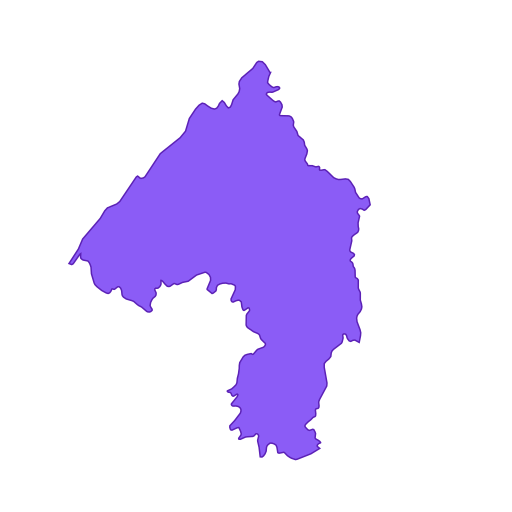 the Region of Rivne, rotated 302°
{"feature_id": "UKR-286", "entity_name": "Rivne", "entity_type": "Region", "adm_level": 1, "iso_a3": "UKR", "parent_name": "Ukraine", "parent_adm1": "", "projection": "natural_earth1", "projection_center": [26.178, 50.971], "detail": "fine", "context": "isolated", "style": "filled", "palette": "violet", "viewbox_px": 512, "rotation_deg": 302, "n_neighbors": 0, "source": "natural_earth", "source_scale": "10m", "svg_char_len": 6148}
<svg xmlns="http://www.w3.org/2000/svg" viewBox="0 0 512 512"><g transform="rotate(302 256 256)"><path d="M150.5,101.4L167.8,101.7L178.5,100.0L205.4,104.0L214.2,103.8L218.1,104.5L226.2,110.3L230.0,111.6L259.5,112.6L261.0,113.2L261.0,114.4L260.6,115.8L260.9,117.4L262.5,119.1L264.3,119.9L292.2,120.6L316.1,129.0L324.5,130.1L337.3,126.6L348.5,126.9L353.7,127.8L357.1,129.4L357.9,131.9L357.6,135.4L357.6,139.7L358.6,142.9L360.4,144.3L363.0,144.6L366.1,144.2L369.8,145.0L369.4,147.8L367.6,151.3L366.9,154.0L368.6,155.3L371.4,155.1L376.4,153.8L383.9,154.8L386.5,154.6L389.3,153.5L392.8,150.4L395.2,149.4L399.6,149.5L413.4,153.9L420.5,154.1L422.5,155.0L424.1,158.4L423.2,162.5L419.0,170.7L419.3,171.1L415.1,171.7L410.7,173.2L409.1,174.0L408.3,176.5L407.9,179.6L408.0,181.0L408.3,181.9L410.2,183.4L411.2,184.8L411.5,186.0L411.0,187.1L410.2,187.2L408.9,186.8L403.8,183.3L403.1,182.4L402.3,180.8L400.8,179.1L399.5,178.8L398.5,179.2L398.1,180.5L396.9,187.7L396.8,189.8L397.1,191.1L399.1,192.6L399.8,193.5L399.5,195.2L398.0,197.9L396.2,199.3L388.5,200.9L388.0,201.2L387.8,201.7L388.0,202.4L392.3,209.7L392.6,211.8L392.0,213.8L390.2,216.4L389.6,217.0L386.7,218.3L385.5,219.6L383.3,224.6L380.5,227.8L379.5,234.6L378.1,236.6L375.7,238.6L373.8,242.3L373.1,243.2L372.5,243.8L369.5,245.0L364.6,245.9L363.4,246.4L362.6,247.5L361.3,250.8L360.3,251.9L360.3,252.4L362.4,255.8L363.1,259.0L363.4,259.7L365.2,261.6L365.2,262.2L364.7,263.1L362.8,264.1L362.6,264.6L363.4,266.0L365.1,267.8L365.7,268.7L365.5,271.6L363.6,280.4L363.9,283.2L364.6,285.5L365.9,287.4L368.8,291.0L369.9,293.7L369.2,296.5L366.3,302.8L365.3,304.2L362.7,306.7L360.0,312.5L359.9,313.9L360.4,315.3L361.0,316.0L364.2,317.5L365.1,318.3L365.4,318.9L364.4,321.4L359.9,325.7L353.7,324.5L352.9,324.1L352.1,323.5L352.1,321.2L351.4,319.1L349.8,318.2L347.8,318.3L347.0,318.5L346.1,319.4L344.9,322.4L344.5,322.8L338.2,325.0L335.1,327.1L333.6,328.6L332.3,329.3L330.4,329.7L328.9,329.3L326.3,328.1L323.7,327.3L322.8,327.3L322.0,327.4L319.6,329.2L310.7,332.3L310.0,333.1L309.6,334.2L309.9,337.3L309.4,338.7L308.1,339.2L304.4,338.0L302.9,337.9L302.1,338.2L301.7,338.7L301.5,340.8L301.2,341.6L300.6,342.4L298.6,344.1L298.1,345.5L297.5,346.5L296.3,347.6L290.7,351.3L290.4,352.5L290.5,353.9L289.8,355.5L283.2,359.6L282.4,360.4L280.5,363.5L279.7,364.2L273.9,367.8L271.2,370.8L269.0,372.7L267.0,373.5L264.0,373.8L260.4,373.3L258.7,373.5L256.7,374.2L253.8,376.5L248.6,383.3L246.4,385.5L243.7,386.9L237.4,389.3L237.1,384.4L235.9,382.9L233.8,381.6L233.4,380.0L234.3,377.6L235.0,376.5L236.3,375.2L237.2,373.5L236.7,372.1L236.0,371.4L234.9,371.4L232.6,373.3L228.8,374.6L227.3,374.7L218.2,371.3L216.0,370.8L213.8,371.1L210.4,372.7L207.4,372.4L203.8,371.2L200.9,370.9L197.8,372.8L185.9,383.5L183.2,384.9L168.3,385.9L166.1,386.3L165.0,386.8L162.3,388.9L161.0,389.5L160.1,389.5L159.6,389.3L158.7,388.3L157.9,387.8L157.3,387.9L156.7,388.1L153.9,390.3L152.1,391.2L151.3,391.2L149.3,389.9L146.0,389.2L143.3,388.2L140.1,387.4L138.6,387.3L137.6,387.6L137.0,388.6L136.3,391.2L136.1,392.5L136.4,393.7L136.8,394.1L139.1,395.9L139.4,397.0L138.2,399.1L137.0,400.6L133.2,402.4L132.8,402.9L132.5,404.1L132.7,406.0L132.6,408.2L132.1,409.6L131.7,409.7L130.0,408.5L128.3,408.2L127.5,408.4L127.0,408.9L126.6,412.0L117.4,407.4L105.5,398.6L104.3,397.4L103.3,393.2L103.2,391.3L103.3,388.5L104.3,384.5L104.3,383.6L101.3,380.4L100.8,379.4L100.8,378.7L104.8,375.2L106.2,373.3L106.3,371.1L105.8,368.9L104.8,367.1L102.2,366.1L100.6,366.0L99.3,366.3L95.9,368.0L93.0,368.5L90.4,368.3L88.7,367.6L87.9,366.0L95.4,360.0L99.7,355.7L100.7,355.0L104.7,353.7L105.5,352.7L105.8,351.9L105.8,351.2L105.3,350.2L102.4,349.6L101.3,348.9L98.0,344.3L96.9,343.0L92.3,339.9L91.6,338.7L91.8,338.2L92.3,337.9L96.2,338.1L97.4,337.7L99.2,335.8L101.4,332.4L101.2,331.9L100.0,330.8L95.7,328.0L95.2,327.1L95.3,326.5L95.6,325.9L96.9,324.5L98.2,323.8L104.9,325.1L114.5,326.0L116.6,325.4L118.0,324.4L118.9,322.8L119.0,320.8L118.2,318.5L116.6,316.1L116.4,315.4L116.6,314.4L117.0,313.8L117.7,313.5L126.8,314.6L128.7,314.2L129.0,313.7L128.9,313.2L128.4,312.8L125.5,311.4L125.0,310.9L124.9,310.2L125.2,309.1L126.1,308.0L126.5,307.1L126.6,306.5L125.9,304.8L125.8,304.2L126.0,303.4L126.5,303.2L130.4,305.8L133.1,306.6L136.2,307.3L137.3,307.2L138.6,306.9L142.4,305.0L146.8,303.6L151.7,301.4L154.4,299.8L157.0,298.7L163.7,298.6L166.0,299.2L167.9,300.7L170.7,303.6L170.7,305.1L171.0,305.5L171.5,305.8L176.5,306.5L177.9,307.0L182.6,310.7L184.3,311.1L185.6,311.0L186.3,310.7L186.8,310.2L188.0,304.7L188.6,303.5L190.8,300.9L191.2,299.7L191.2,298.4L190.5,294.0L190.8,287.1L191.1,285.9L191.8,284.7L192.4,284.1L200.4,279.3L201.8,279.0L206.2,279.5L207.3,278.8L208.1,277.8L208.2,277.4L207.8,276.7L204.0,275.0L203.5,274.7L203.3,274.1L203.8,273.0L205.4,271.0L209.2,267.9L209.5,266.6L209.6,265.3L209.1,264.3L207.4,262.7L204.9,261.1L204.6,260.5L204.5,259.8L205.0,258.6L206.3,257.6L216.4,256.3L219.1,254.8L219.7,254.0L219.9,253.3L219.3,249.6L218.0,247.8L217.1,244.8L215.2,242.1L213.0,240.1L210.8,238.9L209.3,239.0L208.1,239.2L206.4,240.2L205.1,240.5L201.9,239.4L200.9,238.6L201.7,232.3L202.3,231.9L211.3,230.4L213.8,228.7L215.4,225.9L215.7,222.5L215.3,221.4L208.4,215.7L198.7,211.9L194.7,207.7L191.0,205.3L190.2,204.5L189.9,204.0L189.5,201.6L189.0,200.9L184.9,199.2L184.0,198.4L183.3,196.8L183.9,193.9L185.1,190.2L185.2,188.9L184.9,188.3L181.9,190.3L180.5,190.6L178.9,190.6L176.8,189.9L176.1,189.0L175.6,188.0L174.6,187.6L173.5,188.2L171.9,190.7L170.9,191.4L169.7,191.9L168.3,191.9L165.6,191.0L164.0,190.9L160.9,191.2L157.9,192.4L156.8,193.9L155.8,196.1L154.8,196.7L153.1,196.2L152.2,195.5L151.3,194.0L151.1,192.7L152.1,186.0L151.8,182.7L152.0,180.6L152.7,176.4L152.4,174.5L150.8,168.7L150.9,165.4L151.5,163.8L152.2,162.9L155.3,160.5L156.0,159.7L157.1,158.0L157.4,156.2L156.8,155.2L156.3,154.9L152.9,153.7L152.5,153.3L152.0,151.6L151.7,151.3L149.0,151.6L147.4,151.4L146.2,150.8L145.8,150.3L145.3,148.6L145.0,143.4L145.7,137.3L146.4,134.6L147.4,133.0L153.7,125.9L159.1,122.0L160.7,120.1L162.0,118.1L162.6,116.4L162.6,115.8L161.2,112.2L160.9,111.0L161.1,109.1L161.4,108.5L162.3,107.7L165.1,106.1L164.1,105.7L152.6,105.1L151.1,104.3L150.5,101.4Z" fill="#8b5cf6" stroke="#5b21b6" stroke-width="1.5"/></g></svg>